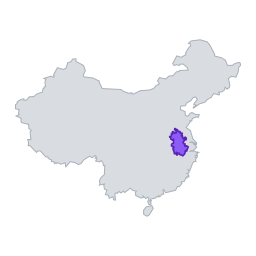 where Anhui sits in China
{"feature_id": "CHN-1179", "entity_name": "Anhui", "entity_type": "Province", "adm_level": 1, "iso_a3": "CHN", "parent_name": "China", "parent_adm1": "", "projection": "equal_earth", "projection_center": [117.353, 32.025], "detail": "fine", "context": "in_parent", "style": "filled", "palette": "violet", "viewbox_px": 256, "rotation_deg": 0, "n_neighbors": 0, "source": "natural_earth", "source_scale": "10m", "svg_char_len": 7990}
<svg xmlns="http://www.w3.org/2000/svg" viewBox="0 0 256 256"><path d="M141.0,198.1L135.8,195.6L135.4,192.7L136.3,191.2L132.6,190.4L130.3,188.2L124.8,192.5L123.5,191.2L120.9,193.0L118.9,191.4L117.4,193.4L115.7,192.8L114.9,194.1L115.5,200.1L113.6,199.8L113.0,196.8L109.2,198.3L108.4,195.3L105.4,194.6L106.9,190.2L104.4,189.0L103.8,185.1L104.5,184.0L99.3,185.1L100.0,183.4L99.4,181.2L100.7,177.9L104.3,174.6L104.8,165.5L103.4,165.6L102.8,162.4L101.1,160.5L99.7,162.0L95.6,161.0L97.0,159.2L96.5,157.6L95.3,158.3L96.2,156.6L95.1,155.5L92.3,157.7L89.4,156.3L83.7,159.9L81.1,163.5L78.3,164.6L75.7,162.8L70.3,161.6L65.8,166.8L65.1,162.7L61.0,164.2L57.2,162.6L56.3,163.6L55.3,162.6L54.6,163.7L53.6,161.7L51.4,161.5L51.7,160.1L48.2,158.4L47.8,156.7L45.8,156.9L40.4,150.9L38.0,150.9L36.5,152.4L29.6,145.3L28.2,145.8L28.6,142.4L27.6,139.5L30.9,139.6L30.1,131.8L31.3,130.3L28.9,128.6L28.6,124.4L21.8,122.7L21.0,121.5L21.2,118.4L16.1,116.0L19.2,114.8L18.5,113.7L19.1,109.7L15.4,108.7L15.6,104.5L16.7,103.9L17.5,101.6L21.1,99.4L23.9,98.8L24.0,100.3L26.5,100.1L29.3,96.8L33.9,96.6L36.6,94.2L42.6,91.9L42.9,88.9L44.4,87.9L44.0,87.1L45.6,86.5L44.9,82.1L45.9,79.2L43.9,78.4L50.9,76.2L53.7,77.3L54.3,75.9L53.4,75.1L57.4,67.7L63.3,69.4L66.0,68.3L67.8,62.6L71.0,61.7L72.6,59.1L75.9,58.8L76.0,61.5L83.6,65.5L85.3,70.6L83.3,75.4L83.8,76.9L93.2,78.1L99.4,81.2L99.2,82.4L102.3,88.6L121.0,89.5L123.3,91.3L128.9,93.3L131.8,92.7L131.7,93.7L133.5,94.0L140.3,90.7L149.7,90.0L153.7,88.4L156.0,85.7L159.4,83.9L157.6,80.8L159.5,77.6L165.6,79.0L169.1,76.0L173.1,75.7L176.3,71.9L179.1,71.5L179.5,70.5L188.1,70.1L187.5,67.9L183.2,64.1L180.6,64.1L179.1,65.6L177.1,64.6L174.0,65.5L172.7,63.5L176.8,55.9L181.0,57.3L185.8,54.8L185.4,53.3L188.4,48.1L190.7,46.0L190.4,44.0L188.3,43.3L191.4,40.9L200.2,39.8L207.2,41.9L209.7,44.8L214.6,54.2L214.6,56.0L221.5,57.8L225.4,60.2L227.4,65.4L232.6,65.3L234.8,63.6L238.7,62.4L240.1,62.9L240.6,65.3L238.8,67.2L238.1,72.1L235.9,77.2L231.3,76.3L228.4,78.6L229.9,85.5L229.3,87.8L227.0,88.6L227.5,89.5L225.0,87.3L224.5,89.9L221.7,91.9L218.5,92.2L219.5,94.0L219.1,95.0L213.7,93.5L211.2,97.4L207.2,99.6L205.0,102.2L199.7,103.8L193.5,108.1L193.2,107.1L195.4,106.2L195.9,104.8L193.8,104.8L193.8,104.0L197.4,99.4L195.8,97.1L193.3,97.4L190.8,100.7L186.8,103.0L185.2,105.8L180.8,106.1L180.3,109.6L185.1,111.5L185.2,115.0L186.5,116.0L188.3,115.9L190.1,113.3L192.0,112.5L195.4,114.4L199.3,114.7L198.1,117.5L196.5,116.9L192.3,118.5L191.7,121.1L189.9,120.7L190.3,121.8L186.1,127.6L190.4,130.5L192.8,138.8L196.6,142.7L196.4,143.8L191.5,141.7L189.6,142.5L192.3,142.3L196.7,147.1L193.1,150.6L191.3,150.6L190.3,151.4L194.5,151.0L197.8,153.3L195.5,155.4L197.4,155.3L197.2,157.2L195.3,157.2L196.3,158.2L195.5,159.8L196.0,161.6L194.2,161.5L192.6,163.1L189.9,170.5L188.1,169.7L189.3,172.1L187.6,173.6L186.3,173.2L188.2,173.8L188.3,177.1L186.5,176.8L186.9,178.0L185.7,178.1L184.4,181.3L181.1,182.1L182.0,183.3L179.2,186.8L177.4,186.5L175.6,190.3L165.6,192.7L163.6,189.5L162.9,190.5L163.7,194.2L161.9,194.3L159.8,196.7L158.9,195.6L158.6,196.9L157.2,196.3L155.8,197.9L150.9,199.1L149.8,201.2L151.2,203.6L150.5,204.8L148.7,204.4L147.8,201.4L149.0,198.3L147.5,197.1L145.8,198.6L143.1,196.0L143.2,197.5L141.0,198.1ZM151.8,205.6L153.2,208.3L149.3,214.9L147.0,216.2L143.7,214.4L143.6,210.2L146.1,207.0L151.8,205.6ZM196.8,144.8L195.4,144.5L194.2,143.2L195.2,143.5L196.8,144.8ZM198.6,152.3L197.5,152.6L197.3,151.9L198.6,152.3ZM189.1,176.0L188.6,176.9L188.7,175.8L189.1,176.0ZM150.3,200.9L151.3,200.5L151.3,201.1L150.3,200.9Z" fill="#d9dde1" stroke="#a8b0b8" stroke-width="1"/><path d="M188.1,146.7L188.0,147.2L187.9,148.0L187.7,148.5L187.5,148.9L187.4,149.2L187.3,149.3L187.2,149.1L186.9,149.4L186.7,149.5L186.6,149.8L186.9,149.9L186.9,150.1L187.0,150.3L187.0,150.5L186.9,150.7L186.7,150.8L186.6,151.1L186.4,151.0L185.8,151.0L185.4,150.8L185.2,150.9L185.1,151.1L185.3,151.5L185.1,151.8L185.1,152.1L185.2,152.6L185.2,152.8L185.0,153.0L184.6,153.6L184.6,153.9L184.6,154.1L184.3,154.4L184.1,154.5L183.9,154.6L183.6,155.1L183.4,155.3L183.2,155.5L183.1,155.4L182.9,155.4L182.9,155.5L182.4,155.8L182.2,155.6L182.2,155.2L181.9,155.0L181.7,154.9L181.3,155.0L180.9,154.9L180.6,155.0L180.5,154.9L180.3,154.7L179.9,154.7L179.7,154.4L179.4,153.9L179.4,153.5L179.1,153.6L178.9,153.5L178.7,153.5L178.6,153.4L178.7,153.2L178.3,153.1L178.0,153.5L178.2,153.8L178.1,154.1L177.6,154.4L177.3,155.0L177.1,155.0L176.9,154.9L176.8,155.0L176.7,155.0L176.6,154.8L176.4,154.6L176.5,154.1L176.8,153.9L176.9,154.0L177.0,153.9L177.2,153.4L177.3,153.1L176.9,152.5L176.6,152.3L176.4,152.4L176.1,152.7L176.0,152.9L175.9,153.1L175.7,153.3L175.4,153.3L174.9,153.8L174.4,153.8L174.3,153.5L174.3,153.3L174.3,153.1L174.1,152.8L174.1,152.4L174.0,151.5L173.9,151.4L173.7,151.1L173.4,150.7L173.6,150.3L173.6,150.1L173.4,149.6L173.2,149.5L173.1,149.4L173.0,149.2L172.9,149.0L173.0,148.6L173.3,148.6L173.3,148.4L173.3,148.1L173.6,147.9L173.9,147.6L174.0,147.5L174.0,147.2L173.8,147.2L173.6,147.2L173.5,146.9L173.4,146.7L173.2,146.8L173.0,146.7L172.7,146.4L172.4,146.2L172.4,146.3L172.3,146.6L172.2,146.6L172.0,146.2L171.7,146.0L171.7,145.7L171.4,145.6L171.4,145.2L171.5,145.0L171.5,144.7L171.8,144.1L171.9,143.9L172.0,143.6L172.7,143.3L172.8,143.3L173.3,143.3L173.5,143.3L173.5,142.8L173.6,142.1L173.6,140.9L173.5,140.6L173.5,140.2L173.3,140.0L173.4,139.6L173.4,139.4L173.6,139.3L173.6,139.2L173.4,139.2L173.3,139.4L173.1,139.6L173.1,139.8L172.9,139.6L172.7,139.7L172.7,139.8L172.5,140.1L172.4,140.0L172.2,140.1L171.9,139.9L171.8,139.6L171.5,139.3L171.2,139.3L171.0,139.2L170.8,139.1L170.8,138.8L170.7,138.6L170.7,138.2L170.8,138.1L170.8,137.8L170.5,137.6L170.2,137.5L170.1,137.4L169.7,137.2L169.6,136.8L169.6,136.6L169.8,136.4L170.2,136.6L170.6,136.6L170.8,136.5L171.0,136.4L171.2,136.0L171.4,135.7L171.4,135.3L171.3,135.1L171.3,134.8L171.4,134.7L171.4,134.4L171.5,134.5L171.8,134.2L172.0,134.1L172.3,134.1L172.5,134.0L172.4,133.4L172.3,133.2L172.5,133.1L172.5,132.7L172.3,132.6L172.2,132.4L172.3,132.0L172.6,131.6L173.0,131.6L173.3,131.9L173.5,131.8L173.8,131.9L173.8,132.0L173.8,132.3L174.1,132.7L174.2,132.9L174.4,133.2L174.5,133.3L175.6,133.0L175.6,132.9L175.6,132.7L176.0,132.5L176.2,132.3L176.4,132.4L176.4,132.1L176.3,131.9L176.1,131.5L176.0,131.3L176.0,131.1L176.1,130.7L176.1,130.4L175.4,130.5L175.2,130.2L174.7,129.8L174.5,129.6L174.6,129.2L174.7,128.9L174.8,129.0L175.3,128.7L175.6,128.6L175.8,128.9L175.9,129.0L176.1,129.2L176.2,129.4L176.9,129.6L177.0,129.6L177.0,129.8L177.5,129.8L177.7,130.1L177.7,130.5L177.9,130.7L177.8,131.0L178.5,131.5L179.1,131.5L179.4,131.8L179.5,131.8L179.7,131.7L179.8,131.6L179.9,131.8L180.0,132.0L180.1,131.9L180.3,132.0L180.4,132.3L180.5,132.5L180.7,133.1L180.6,133.3L181.0,133.3L181.4,133.3L181.5,133.2L181.9,133.1L182.1,133.1L182.3,133.2L182.3,133.5L182.1,133.9L182.1,134.3L182.1,134.5L181.9,134.5L181.6,135.2L181.6,135.5L181.4,135.7L181.4,135.8L181.6,136.0L182.0,136.3L182.0,136.2L182.3,136.1L182.3,135.9L182.4,136.0L182.5,136.0L182.5,136.5L182.6,137.0L182.8,137.2L182.6,137.4L182.6,137.5L182.8,137.9L182.8,138.1L183.1,138.3L183.3,138.4L183.9,138.4L184.0,138.3L184.5,138.4L184.5,138.2L184.6,137.8L184.8,137.7L184.8,137.4L184.9,137.2L185.0,137.2L185.2,137.3L185.4,137.2L185.5,137.2L185.6,137.3L185.6,137.5L185.9,137.9L186.1,137.9L186.2,138.2L186.3,138.5L186.3,139.0L186.2,139.3L186.1,139.6L185.9,139.9L185.6,139.6L185.3,139.3L185.2,139.3L185.2,139.2L184.9,139.2L184.7,139.1L184.3,139.2L184.2,139.1L183.9,139.1L183.8,139.3L184.0,139.5L184.2,139.8L184.3,139.8L184.3,140.2L184.3,140.4L184.2,140.6L184.3,140.8L184.0,141.1L183.7,141.2L183.6,141.3L183.6,141.5L183.2,141.8L183.2,142.0L183.1,142.3L183.0,142.5L183.3,142.7L183.5,142.8L183.5,143.2L183.6,143.3L183.9,143.6L184.2,143.6L184.3,143.7L184.4,143.8L184.3,144.0L184.6,144.1L184.7,143.9L184.8,143.9L184.8,144.2L185.0,144.1L185.1,144.7L184.9,145.3L184.8,145.5L184.6,145.6L184.6,145.8L184.8,146.1L185.9,146.2L186.2,145.9L186.6,146.0L186.8,146.0L186.9,145.9L187.0,146.0L187.0,146.3L187.5,146.6L187.9,146.7L188.1,146.7Z" fill="#8b5cf6" stroke="#5b21b6" stroke-width="1.5"/></svg>